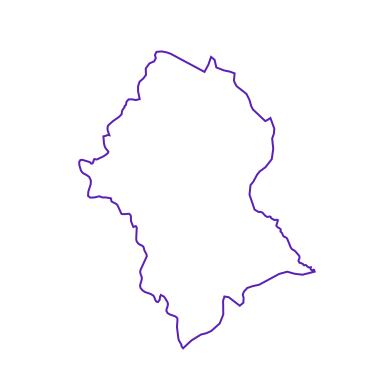 Lesser Poland, Robinson projection, rotated 70°
{"feature_id": "POL-3170", "entity_name": "Lesser Poland", "entity_type": "Voivodeship", "adm_level": 1, "iso_a3": "POL", "parent_name": "Poland", "parent_adm1": "", "projection": "robinson", "projection_center": [20.414, 49.829], "detail": "fine", "context": "isolated", "style": "outline", "palette": "violet", "viewbox_px": 384, "rotation_deg": 70, "n_neighbors": 0, "source": "natural_earth", "source_scale": "10m", "svg_char_len": 3148}
<svg xmlns="http://www.w3.org/2000/svg" viewBox="0 0 384 384"><g transform="rotate(70 192 192)"><path d="M118.9,258.4L116.3,258.1L109.4,256.2L109.7,254.4L109.6,252.0L109.8,251.2L110.4,250.2L105.6,250.2L103.1,249.6L101.0,248.3L100.4,247.2L98.5,242.4L96.4,234.7L94.9,231.6L92.1,230.1L91.2,229.3L89.2,226.4L88.2,226.0L87.6,224.3L84.8,222.7L83.3,219.9L84.3,216.8L86.4,213.4L86.8,209.4L78.7,208.2L74.2,206.5L70.4,203.5L68.6,198.8L66.2,195.2L60.1,193.2L56.6,188.0L56.3,182.9L53.8,180.2L50.6,180.0L48.2,177.4L49.6,172.3L52.3,167.8L54.9,164.7L83.4,139.2L77.9,133.0L71.6,127.9L75.4,125.6L83.3,126.5L88.5,120.6L91.9,115.2L95.1,111.4L101.7,114.5L104.8,114.4L107.8,113.9L118.4,107.3L124.9,106.5L131.6,107.0L135.3,106.5L150.4,98.9L150.1,96.3L149.3,93.0L160.6,93.0L165.2,95.1L169.2,98.4L179.2,100.9L188.4,105.8L193.8,114.4L195.8,121.3L197.9,124.8L203.3,130.9L205.6,134.7L214.3,138.9L230.0,139.2L233.6,136.2L234.0,134.6L235.5,132.8L239.4,131.3L241.0,130.0L241.4,129.2L241.5,127.6L241.9,126.9L242.4,126.6L243.5,126.6L243.9,126.4L246.4,124.3L247.1,121.8L247.9,120.9L252.5,124.3L254.4,123.6L256.0,122.2L257.6,121.4L259.5,122.4L261.1,121.5L264.4,121.3L265.5,120.8L266.6,119.5L267.6,118.8L268.9,118.5L277.7,118.2L279.5,117.8L280.8,116.9L281.9,115.9L283.1,115.2L288.0,113.3L289.1,113.1L290.9,113.6L292.0,114.7L293.1,115.5L295.2,115.2L295.2,114.9L297.3,112.6L298.2,112.1L298.8,112.1L299.2,111.8L299.4,110.5L300.0,109.7L301.4,109.2L302.8,108.1L303.4,106.0L304.5,106.8L305.3,106.8L306.7,106.0L306.8,105.6L306.7,104.8L306.6,104.2L307.1,103.9L308.8,104.0L307.5,116.5L303.9,123.6L299.5,129.7L298.8,138.1L302.1,160.6L301.2,167.2L301.1,173.1L302.2,174.9L303.1,176.9L305.7,179.4L309.1,179.7L313.6,181.6L315.2,186.0L303.4,193.5L301.3,197.3L304.9,200.0L317.8,204.5L325.0,210.9L329.2,221.5L329.6,226.9L329.0,232.2L331.3,243.3L335.6,253.4L335.8,253.8L333.6,254.6L331.8,254.2L327.4,255.0L325.4,255.0L313.7,252.3L307.0,249.3L305.3,249.0L303.2,250.2L299.4,254.8L297.4,256.4L294.8,256.7L293.0,255.7L291.2,254.1L289.1,252.9L287.2,252.7L282.3,253.6L280.5,254.3L278.1,256.5L279.6,257.9L282.3,259.3L283.8,261.6L282.8,263.0L280.6,263.4L278.1,263.4L276.2,263.7L273.7,265.7L269.8,270.5L267.2,272.3L264.4,273.2L262.2,272.8L260.3,271.6L258.3,270.0L256.0,268.6L254.2,268.3L252.1,268.4L249.4,268.1L247.5,266.9L236.9,256.4L235.0,256.1L230.4,256.7L227.9,256.4L226.8,256.5L225.5,257.1L223.6,259.0L222.2,260.1L219.4,260.9L216.8,260.4L206.6,256.1L204.8,256.5L204.8,259.1L198.6,259.3L193.7,257.7L192.3,257.8L191.0,258.5L190.6,259.5L190.3,260.9L189.7,263.0L188.9,265.1L188.3,265.8L179.0,266.5L177.2,267.3L174.5,269.9L173.4,270.8L170.7,270.6L170.4,270.3L169.7,271.1L167.4,275.4L166.8,277.2L165.9,278.9L164.4,280.3L163.7,285.7L162.5,289.5L160.1,291.0L156.2,289.3L150.0,284.5L146.6,283.1L142.8,283.4L140.6,284.8L138.3,286.8L136.6,288.2L133.9,289.0L128.4,288.7L125.3,287.8L123.8,286.0L124.3,284.0L128.9,277.9L129.4,277.5L130.2,277.3L130.9,277.0L131.1,276.1L130.9,275.5L130.9,275.4L130.0,274.6L129.9,274.6L129.7,274.2L128.1,273.2L127.7,272.7L127.8,272.1L128.7,270.9L128.9,270.3L128.2,262.9L127.6,260.4L126.5,257.5L125.4,256.8L121.4,258.2L118.9,258.4Z" fill="none" stroke="#5b21b6" stroke-width="2"/></g></svg>